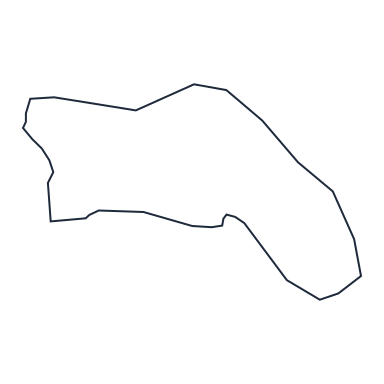 the border of Šmartno in Litiji
{"feature_id": "SVN-5885", "entity_name": "Šmartno in Litiji", "entity_type": "Municipality", "adm_level": 1, "iso_a3": "SVN", "parent_name": "Slovenia", "parent_adm1": "", "projection": "equal_earth", "projection_center": [14.824, 46.018], "detail": "fine", "context": "isolated", "style": "outline", "palette": "slate", "viewbox_px": 384, "rotation_deg": 0, "n_neighbors": 0, "source": "natural_earth", "source_scale": "10m", "svg_char_len": 516}
<svg xmlns="http://www.w3.org/2000/svg" viewBox="0 0 384 384"><path d="M50.7,221.4L47.9,182.9L53.3,172.1L49.3,160.2L41.8,148.5L32.4,139.3L23.0,128.0L25.9,121.8L25.9,113.4L30.3,98.8L54.1,97.3L135.8,110.4L194.0,84.3L226.4,90.1L262.2,120.5L298.1,162.4L332.8,191.4L354.1,239.1L361.0,276.0L338.4,293.4L319.8,299.7L286.9,280.2L244.3,223.1L235.2,216.9L226.5,214.6L223.4,218.7L222.2,225.6L211.7,227.2L192.2,226.0L143.5,212.0L98.8,210.5L89.4,214.9L85.7,218.3L50.7,221.4Z" fill="none" stroke="#1e293b" stroke-width="2"/></svg>